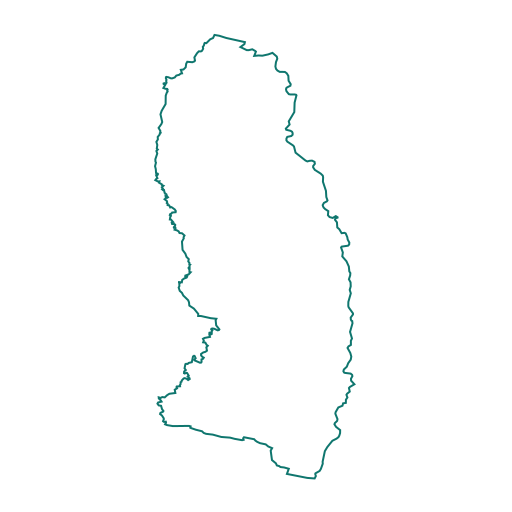 outline of Crnel. Marcelino Maridueña, Guayas, Ecuador, rotated 95°
{"feature_id": "8360857B68184402536651", "entity_name": "Crnel. Marcelino Maridueña", "entity_type": "district", "adm_level": 2, "iso_a3": "ECU", "parent_name": "Ecuador", "parent_adm1": "Guayas", "projection": "natural_earth1", "projection_center": [-79.381, -2.239], "detail": "fine", "context": "isolated", "style": "outline", "palette": "teal", "viewbox_px": 512, "rotation_deg": 95, "n_neighbors": 0, "source": "geoboundaries", "source_scale": "gbopen_adm2", "svg_char_len": 6080}
<svg xmlns="http://www.w3.org/2000/svg" viewBox="0 0 512 512"><g transform="rotate(95 256 256)"><path d="M411.4,160.6L406.2,163.2L404.7,163.1L399.7,160.8L397.6,156.8L395.2,156.4L394.5,153.7L391.3,153.9L389.0,152.6L386.4,153.8L385.2,153.2L382.9,150.8L379.4,151.9L378.3,151.1L375.2,146.8L371.9,150.4L370.0,150.7L367.3,149.5L366.0,149.9L364.9,151.5L364.7,157.2L364.4,158.1L363.2,158.9L361.4,158.6L358.4,155.9L354.7,154.8L351.0,152.6L347.9,152.3L344.4,153.6L339.6,156.8L338.0,156.0L336.3,153.7L332.2,154.1L329.8,153.2L323.4,155.7L314.6,154.0L312.4,154.5L312.1,155.3L311.0,156.0L309.1,156.3L305.8,154.3L304.7,154.4L299.1,159.2L297.8,159.7L293.7,160.0L284.9,158.3L281.6,159.7L278.0,159.0L274.0,159.5L271.1,161.4L267.2,160.5L264.8,160.5L263.2,161.7L258.4,162.6L253.4,165.4L248.9,170.0L244.9,169.8L240.1,172.0L239.2,171.5L237.7,165.2L236.4,164.2L234.5,164.2L231.6,166.1L229.3,166.7L225.7,168.6L225.2,169.8L225.8,172.7L222.0,175.4L220.5,177.5L215.4,178.3L213.0,180.5L211.5,180.1L210.7,178.1L210.3,178.1L209.3,180.0L211.4,182.9L210.8,186.1L209.1,187.9L205.0,187.9L203.3,191.1L201.8,192.9L200.5,193.6L199.5,194.0L197.2,193.0L195.4,190.2L194.4,189.6L191.1,191.1L185.0,192.0L176.2,195.8L171.7,196.0L170.1,196.5L168.3,198.7L165.1,204.9L162.7,206.8L161.4,206.9L159.0,205.4L157.1,205.9L156.1,208.5L156.5,210.9L157.3,213.1L156.6,215.0L149.6,225.6L143.6,227.7L142.6,228.8L139.4,234.7L138.1,235.8L136.3,235.9L134.6,235.2L133.4,231.3L132.0,230.1L130.4,230.2L129.1,230.9L128.3,232.4L127.6,236.9L126.5,237.4L122.1,234.0L119.0,235.1L109.3,230.4L99.8,230.9L92.4,229.7L91.9,230.1L91.7,231.5L92.1,235.8L91.9,237.4L89.2,240.0L87.5,240.6L86.2,240.5L85.3,239.7L83.4,236.6L81.8,236.4L78.6,238.8L73.7,239.5L71.3,241.3L70.1,243.3L70.5,248.4L69.4,250.8L67.8,252.4L65.5,253.2L61.1,253.0L57.6,252.0L55.5,252.7L52.2,257.3L54.1,261.4L55.9,267.1L56.0,270.8L56.8,275.2L52.4,273.9L51.8,274.7L50.4,277.7L51.6,281.3L51.7,283.2L49.2,289.7L45.9,286.0L43.9,285.7L41.4,304.6L39.8,311.8L39.4,316.6L42.6,317.8L44.1,320.5L48.3,324.0L48.2,325.6L48.6,325.9L50.9,326.3L52.3,327.2L54.1,326.7L56.3,327.7L57.0,328.7L57.1,330.8L59.1,332.4L63.5,334.7L66.7,333.8L67.5,334.3L68.5,336.3L68.5,341.4L70.5,342.3L74.2,342.5L76.5,344.5L77.1,347.1L80.5,345.6L80.9,347.0L82.2,348.3L83.2,351.1L85.2,352.5L86.4,355.1L86.4,356.4L85.6,358.8L85.4,360.9L85.7,361.3L86.8,361.3L88.4,360.5L89.4,360.8L91.2,360.2L92.0,360.8L91.8,362.4L92.2,363.1L92.7,363.0L93.4,361.3L96.7,362.9L97.3,360.9L97.3,359.0L98.1,358.5L99.2,358.9L99.9,358.4L101.3,359.2L104.1,359.9L112.5,359.3L119.5,362.6L123.2,363.5L130.7,361.1L132.9,361.8L136.9,364.2L139.7,362.2L140.8,362.2L141.5,361.7L142.1,362.5L143.3,362.5L146.0,364.3L148.4,363.9L151.0,365.2L154.0,364.0L157.7,364.2L158.5,363.1L160.1,364.4L162.5,363.3L168.4,364.7L170.7,364.4L171.7,363.8L175.3,364.4L178.2,363.4L182.1,362.8L182.5,362.3L182.4,361.3L182.9,360.8L183.9,361.2L184.3,362.5L187.1,361.0L187.8,362.0L189.2,362.9L190.3,360.2L190.0,358.7L191.4,359.0L192.8,356.1L193.5,356.0L194.1,354.3L195.7,355.8L196.9,354.7L197.7,355.4L198.5,354.3L198.3,353.4L201.1,352.5L202.4,350.6L203.8,350.1L205.2,348.8L205.7,349.5L204.6,351.2L206.3,350.8L207.4,352.0L209.0,349.6L210.0,349.2L211.0,349.5L211.5,348.6L213.0,348.5L213.1,346.9L215.1,345.7L214.6,344.9L214.9,344.0L216.7,341.0L218.2,339.8L219.4,339.9L220.0,343.3L220.8,343.7L221.8,345.2L222.7,345.4L222.9,344.4L223.4,344.2L224.3,344.8L227.1,345.0L227.1,343.9L229.4,341.5L230.0,342.9L231.4,342.4L231.3,340.1L231.9,339.2L232.7,339.2L234.5,340.4L234.8,340.3L234.3,339.2L234.6,338.8L235.7,338.6L236.9,339.3L237.4,336.9L238.2,335.2L239.8,334.2L239.8,331.7L241.8,329.0L243.6,329.8L244.7,329.5L248.1,331.0L256.3,329.7L259.8,326.6L263.0,325.1L265.0,322.7L267.3,323.0L268.7,321.7L270.1,321.7L270.4,320.9L271.0,321.4L273.7,321.1L273.3,321.9L273.8,322.2L275.6,321.1L277.7,320.9L277.9,319.7L280.1,321.4L281.2,323.7L281.8,322.7L282.6,322.8L282.6,324.7L283.0,324.6L283.2,323.6L283.7,323.5L284.8,325.8L286.2,327.4L288.7,327.6L288.7,330.4L289.2,330.4L289.8,329.6L290.2,330.0L292.7,329.7L294.2,330.3L297.4,328.9L299.1,326.6L301.7,325.0L306.0,319.7L308.0,318.7L311.2,318.1L313.8,313.3L318.7,308.5L320.8,308.4L320.6,305.5L321.9,295.7L322.0,290.0L323.6,290.6L328.6,289.6L332.3,286.1L333.0,286.5L333.4,287.7L332.1,291.3L332.0,293.2L332.4,294.1L333.1,294.2L333.9,293.0L334.9,293.5L337.5,293.3L337.9,293.9L336.3,295.1L336.5,295.7L338.1,295.7L340.6,294.8L342.1,300.1L343.1,301.6L344.9,300.6L346.6,301.1L346.7,298.9L348.8,297.5L349.6,296.2L351.3,297.5L354.6,296.6L355.9,298.1L356.7,300.2L358.4,302.2L359.9,302.0L361.2,300.6L361.8,299.2L362.9,299.7L363.8,301.3L366.2,301.0L366.9,301.3L367.2,302.5L365.3,308.2L364.5,308.3L363.1,307.2L361.0,308.4L360.8,309.0L361.6,310.0L367.4,310.7L368.4,313.8L369.5,314.7L369.5,316.3L369.9,316.9L374.1,317.4L375.7,316.0L377.3,317.5L379.0,317.5L379.3,316.8L378.4,315.0L378.6,314.4L381.1,312.6L381.9,313.5L382.8,312.5L384.3,312.9L383.8,311.5L384.3,311.3L385.5,312.8L384.3,314.4L383.9,316.5L384.3,317.4L386.5,319.1L387.7,319.2L388.3,320.1L390.3,320.0L391.3,320.6L392.4,320.3L392.9,323.6L393.5,323.8L394.7,323.1L396.3,325.3L399.5,324.4L400.8,330.3L402.3,332.3L404.8,334.6L404.7,337.1L405.7,338.6L405.3,340.6L406.4,340.4L408.1,338.3L409.3,337.4L410.5,340.8L411.7,341.3L413.3,339.9L413.5,337.5L416.7,336.3L418.5,334.7L419.1,334.9L420.6,337.5L421.8,337.8L423.1,335.8L425.7,333.8L426.6,333.6L428.7,334.2L429.3,333.2L428.9,331.4L429.9,331.1L431.6,331.9L432.2,329.9L432.7,324.0L431.1,308.0L431.4,306.3L432.8,306.5L433.0,306.0L434.3,300.8L435.3,294.5L436.8,292.7L437.5,290.3L437.7,283.5L439.3,274.8L439.2,266.0L440.0,261.4L440.7,253.8L440.2,252.3L438.7,252.9L437.6,252.2L438.7,241.8L439.9,240.6L441.0,238.7L442.1,235.7L442.8,229.9L444.7,227.2L446.0,223.2L448.6,224.4L457.9,222.3L460.8,218.1L462.8,217.0L463.3,214.5L464.1,213.3L464.2,209.6L465.1,204.8L470.4,206.2L472.6,185.6L472.5,178.2L470.0,177.2L468.0,178.0L467.3,177.8L464.6,173.9L462.4,172.8L457.1,171.4L455.2,171.7L444.4,170.4L440.1,168.3L433.4,163.8L430.9,159.8L429.3,158.1L427.8,157.4L425.1,156.8L422.1,157.0L419.2,161.4L416.8,163.2L415.6,162.9L413.2,160.8L411.4,160.6Z" fill="none" stroke="#0f766e" stroke-width="2"/></g></svg>